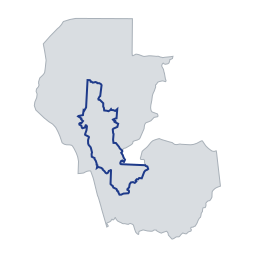 Central highlighted on a map of Zambia, rotated 92°
{"feature_id": "ZMB-516", "entity_name": "Central", "entity_type": "Province", "adm_level": 1, "iso_a3": "ZMB", "parent_name": "Zambia", "parent_adm1": "", "projection": "orthographic", "projection_center": [28.771, -13.872], "detail": "medium", "context": "in_parent", "style": "outline", "palette": "blue", "viewbox_px": 256, "rotation_deg": 92, "n_neighbors": 0, "source": "natural_earth", "source_scale": "10m", "svg_char_len": 5418}
<svg xmlns="http://www.w3.org/2000/svg" viewBox="0 0 256 256"><g transform="rotate(92 128 128)"><path d="M175.3,176.3L163.0,176.3L158.5,177.3L154.8,178.8L150.4,181.2L147.9,182.9L147.2,183.8L146.9,185.8L146.9,189.0L146.4,191.2L145.1,193.3L138.5,195.8L134.1,197.9L129.9,200.3L126.7,203.5L124.5,207.3L120.9,212.1L113.3,220.7L109.0,222.4L105.3,222.0L100.8,220.3L97.2,220.0L94.6,221.1L92.2,220.8L90.0,219.0L88.1,218.4L86.6,218.9L84.7,218.9L81.1,217.9L78.0,214.9L76.4,213.7L75.1,213.2L71.4,212.8L63.1,212.2L54.4,213.9L46.9,215.6L38.9,209.0L31.2,202.0L29.6,200.2L26.7,197.9L24.6,196.8L23.8,196.2L21.6,189.9L20.3,184.0L18.6,127.4L53.3,126.5L55.5,126.2L55.6,125.6L53.9,122.6L54.0,121.5L54.4,119.5L55.8,115.3L55.9,114.0L55.1,109.5L55.1,107.0L55.4,102.0L55.2,100.3L56.0,98.0L56.2,96.5L56.5,95.8L56.1,94.1L55.3,88.1L54.8,85.6L57.0,86.0L57.7,87.2L58.1,88.5L59.0,88.6L61.5,89.3L62.4,90.4L63.0,92.8L62.7,94.1L61.9,95.1L62.7,95.9L64.4,96.5L65.4,96.3L68.2,94.6L70.7,94.0L72.1,93.5L77.8,92.3L79.0,91.7L79.8,91.7L80.4,92.2L79.9,93.9L79.7,95.4L80.5,98.3L81.0,99.6L82.2,100.5L83.1,101.0L84.1,102.0L86.1,101.8L90.5,103.2L91.9,103.9L93.8,104.5L95.1,104.8L99.6,105.2L104.5,106.0L107.0,106.1L108.7,105.8L110.0,105.4L110.7,104.9L111.1,104.5L112.9,99.1L113.8,98.7L115.0,98.4L115.7,98.9L116.5,102.3L120.0,105.4L121.2,107.9L122.1,110.2L122.8,110.8L124.2,111.5L126.3,111.8L128.1,111.9L137.5,115.6L138.6,116.3L139.7,118.3L140.4,120.6L141.2,122.4L142.4,122.7L143.4,122.9L144.5,124.1L145.3,125.2L148.1,129.7L148.5,131.4L149.8,132.6L151.6,133.1L153.3,133.2L154.3,132.7L156.7,131.7L158.5,130.7L159.9,130.3L160.7,130.6L161.3,131.3L161.7,133.5L163.0,134.3L164.0,134.0L164.4,133.1L164.4,132.7L164.5,109.4L163.6,109.5L162.5,110.2L160.1,110.3L159.1,110.8L158.8,111.5L159.0,112.5L159.0,113.8L158.7,114.4L157.6,114.6L156.0,114.1L153.1,113.5L150.8,113.0L149.1,111.3L146.8,108.7L145.2,107.3L141.6,104.6L141.0,104.0L139.9,102.8L138.9,100.6L138.0,98.1L137.5,96.4L138.4,94.0L140.5,85.9L141.0,83.4L142.8,80.8L142.9,78.6L142.2,75.6L142.4,74.0L142.6,64.8L142.1,61.9L140.9,58.7L138.3,54.2L138.3,53.2L142.3,50.3L143.6,49.2L145.7,46.8L147.1,44.8L148.1,43.2L148.4,41.1L147.7,39.1L149.1,38.7L182.9,33.6L183.4,35.0L184.4,37.3L185.5,39.0L187.0,40.5L188.2,41.4L189.0,41.7L194.2,41.7L196.1,42.6L197.7,43.7L198.1,45.5L199.1,46.6L200.3,47.5L200.8,47.6L201.6,47.4L203.0,47.4L204.3,47.8L204.9,48.2L205.0,49.7L205.3,50.3L207.1,50.6L208.9,50.7L210.6,51.8L212.5,52.0L214.6,52.4L215.6,53.5L217.9,54.7L220.7,55.7L223.7,57.4L223.8,57.9L224.3,58.8L224.8,59.5L224.9,60.6L225.1,61.5L225.9,61.8L226.6,61.8L227.2,61.2L228.0,61.2L228.9,61.6L229.2,62.7L229.9,64.2L231.0,65.2L231.8,66.2L231.5,68.0L231.0,69.6L232.5,71.2L234.5,72.7L235.0,73.4L235.1,75.7L235.4,76.4L236.8,78.3L237.4,79.6L237.4,80.3L233.6,83.9L231.4,84.4L230.4,85.2L229.8,85.9L231.2,89.6L231.9,91.0L231.3,92.8L229.8,95.7L229.1,96.0L229.0,98.2L229.4,99.0L230.1,99.7L230.4,101.2L230.2,105.0L229.3,109.3L230.8,113.1L231.4,113.5L233.7,113.6L234.0,113.9L233.5,115.0L231.9,116.6L229.0,117.8L224.8,119.2L223.9,120.5L223.3,122.5L223.8,123.6L224.3,124.3L224.1,126.0L223.7,127.8L223.8,129.3L223.6,130.5L223.0,131.2L222.3,133.1L221.4,135.0L220.6,135.8L219.6,136.7L217.9,137.5L218.0,137.8L219.8,138.8L220.3,139.4L220.4,139.8L219.7,140.8L220.5,141.4L221.5,141.9L222.5,143.2L223.6,145.6L223.8,145.8L224.1,145.9L224.7,145.6L225.9,144.7L226.7,144.3L227.7,145.7L210.3,151.4L206.3,152.6L200.2,154.6L198.2,155.3L196.6,156.1L180.6,160.6L178.0,161.5L172.3,163.8L172.2,164.2L172.2,165.3L172.7,167.5L173.7,169.5L174.5,170.7L175.0,173.7L175.3,176.3Z" fill="#d9dde1" stroke="#a8b0b8" stroke-width="1"/><path d="M163.9,134.4L164.4,133.7L164.6,109.4L165.3,109.0L165.8,107.3L168.2,106.4L168.9,107.1L169.9,109.2L171.4,110.3L177.8,112.5L177.6,115.1L179.0,116.2L178.9,117.5L180.2,118.5L181.1,117.8L182.6,119.3L181.9,121.1L182.3,123.2L184.1,124.4L187.3,124.8L189.2,126.5L189.9,126.4L190.4,125.1L191.0,124.8L192.2,124.8L193.2,125.4L193.7,130.2L194.9,132.6L194.9,134.2L192.1,135.7L191.7,135.6L191.0,136.9L190.3,136.9L189.4,137.4L188.0,140.6L186.3,141.3L186.0,142.1L184.6,143.5L170.0,143.5L170.9,143.9L171.6,145.7L173.3,146.4L174.1,147.6L173.6,148.8L172.2,149.8L170.4,151.9L169.7,152.0L168.8,153.3L168.0,156.4L169.0,157.7L166.3,157.3L165.8,158.1L164.6,158.1L161.9,159.1L160.2,160.3L159.2,160.4L158.0,163.2L155.3,163.5L153.7,163.1L149.5,164.3L148.5,164.7L146.2,166.8L144.8,167.3L141.5,167.5L138.5,166.7L138.0,167.0L136.4,170.5L135.8,170.7L131.6,169.4L127.8,169.1L126.9,169.7L126.8,170.4L129.0,171.1L129.8,173.5L129.3,174.1L127.3,174.7L126.3,176.7L125.3,176.8L124.6,175.9L124.7,174.7L122.6,173.2L121.0,175.1L120.1,174.9L118.1,178.3L117.7,177.9L116.7,173.5L111.8,173.0L112.3,172.4L108.9,170.6L81.5,170.1L81.5,167.8L82.3,167.0L83.1,166.9L83.1,165.9L83.9,164.7L83.2,162.0L83.7,160.6L84.3,160.2L84.2,158.3L85.0,156.7L86.1,155.9L97.1,156.9L97.5,157.5L99.9,158.7L100.7,158.4L101.0,157.0L104.1,153.6L107.5,153.5L108.7,152.8L111.3,152.4L111.5,149.7L111.9,148.1L110.7,146.3L109.7,145.6L110.6,145.0L110.7,143.1L111.4,141.4L109.5,139.4L118.7,139.8L118.9,140.8L120.1,143.3L121.3,142.3L121.4,140.9L122.0,140.7L122.6,141.2L124.1,138.0L127.3,138.7L129.1,142.5L129.9,143.2L133.5,142.7L134.5,142.2L140.2,142.5L143.4,142.0L143.4,139.6L147.2,136.3L148.7,135.5L150.8,133.0L151.8,132.9L153.0,133.9L155.3,132.3L157.9,131.3L159.8,129.9L162.0,130.8L161.9,131.5L161.2,131.8L161.2,132.6L160.8,132.7L161.1,133.6L162.7,134.4L163.9,134.4Z" fill="none" stroke="#1e3a8a" stroke-width="2"/></g></svg>